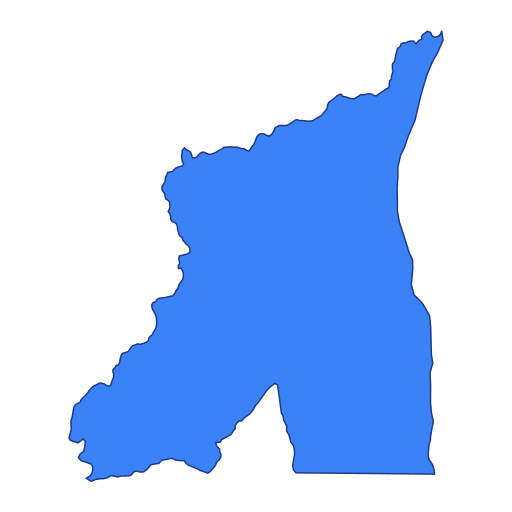 the district of Tucuruí, Pará, Brazil
{"feature_id": "56859067B45116319118579", "entity_name": "Tucuruí", "entity_type": "district", "adm_level": 2, "iso_a3": "BRA", "parent_name": "Brazil", "parent_adm1": "Pará", "projection": "robinson", "projection_center": [-49.877, -3.798], "detail": "fine", "context": "isolated", "style": "filled", "palette": "blue", "viewbox_px": 512, "rotation_deg": 0, "n_neighbors": 0, "source": "geoboundaries", "source_scale": "gbopen_adm2", "svg_char_len": 5104}
<svg xmlns="http://www.w3.org/2000/svg" viewBox="0 0 512 512"><path d="M184.5,147.8L182.3,150.3L182.1,152.8L181.6,155.7L181.8,158.9L182.4,161.4L183.6,163.5L182.6,165.8L177.9,167.2L176.0,167.9L174.1,169.6L172.6,171.5L170.0,172.0L167.6,172.4L167.0,174.7L165.6,176.8L165.3,179.1L165.0,181.8L163.4,184.5L161.9,186.7L162.1,189.8L163.3,192.0L164.9,194.0L165.1,196.5L165.7,198.7L167.6,200.0L169.7,202.0L170.0,207.1L169.2,209.6L168.2,211.7L169.7,213.6L170.7,216.0L170.6,218.8L172.0,221.5L174.0,222.2L175.9,223.3L177.2,225.4L177.6,229.1L178.8,233.9L179.8,236.0L181.8,237.2L182.9,240.2L184.5,242.0L186.3,244.3L188.3,245.6L189.8,248.2L190.1,251.1L188.9,253.0L186.8,254.1L182.3,255.3L179.3,256.0L178.8,258.7L179.8,263.7L178.3,265.4L178.6,268.6L180.9,268.1L182.6,270.7L183.3,273.1L183.3,277.3L182.4,279.8L180.8,281.9L179.3,284.2L178.5,286.7L177.4,288.8L176.0,290.6L174.8,293.5L172.6,296.0L170.3,296.3L164.9,297.6L158.9,298.3L156.9,299.8L155.6,301.7L153.2,302.5L151.6,305.0L152.1,308.0L153.2,310.6L154.6,313.0L155.7,315.3L156.5,318.6L156.6,321.7L156.5,324.8L156.0,327.6L154.9,330.0L153.4,332.0L152.4,334.6L150.6,335.9L149.0,337.8L148.0,341.1L145.9,342.5L143.2,343.4L140.4,344.3L137.5,343.9L135.3,345.0L132.6,345.8L131.0,347.4L129.6,349.6L128.1,351.5L125.5,352.6L123.2,353.0L121.5,354.5L120.7,357.1L120.1,359.4L119.7,362.5L118.3,364.9L116.1,365.6L114.9,367.8L113.1,369.3L112.9,371.9L113.9,374.2L113.5,377.6L112.4,379.9L111.5,382.6L110.8,385.1L108.6,386.3L106.2,385.4L104.5,384.0L101.7,383.2L99.1,383.1L97.3,384.4L94.5,385.6L92.7,386.9L91.1,388.5L89.4,390.2L88.1,392.2L85.0,395.9L82.8,397.9L81.1,399.8L80.1,402.0L77.9,403.5L75.8,404.4L74.2,406.7L73.4,409.4L73.0,412.6L72.2,416.6L70.9,421.3L71.2,429.8L69.0,438.0L70.3,440.3L78.0,442.9L83.1,438.9L85.4,441.3L85.0,445.3L83.8,451.2L80.0,454.2L78.5,457.7L81.1,460.7L86.8,462.4L91.5,464.3L92.7,467.0L92.6,471.0L91.5,474.1L89.8,476.1L86.3,478.3L91.3,481.3L95.5,479.5L99.7,478.8L103.2,478.7L107.3,477.7L110.5,475.8L112.6,475.8L117.9,476.9L120.9,476.0L124.9,476.0L129.0,475.8L131.1,475.1L134.0,471.8L136.3,471.1L138.2,471.5L140.2,472.0L143.6,471.9L147.0,469.5L149.5,466.4L150.9,464.8L153.7,464.1L155.8,463.8L158.8,463.5L161.6,460.3L164.8,459.7L167.7,459.1L170.4,458.4L172.7,458.5L175.5,460.0L179.7,460.6L184.4,460.7L186.1,463.5L188.7,465.3L192.6,466.9L197.6,468.9L200.0,470.4L204.9,472.1L207.8,473.2L210.4,471.4L212.2,469.2L214.5,466.7L215.8,464.6L216.5,462.3L218.7,460.3L220.7,457.7L220.9,454.2L219.7,451.9L219.6,449.1L217.6,447.1L216.3,445.3L215.9,442.5L220.3,442.1L221.4,439.8L223.6,438.6L226.6,436.8L231.0,434.5L233.4,430.8L235.2,428.7L235.1,425.6L236.4,423.6L238.7,421.2L242.2,420.6L244.0,418.0L249.7,414.0L252.7,410.4L255.5,405.6L259.0,401.4L262.9,395.9L266.5,390.8L270.4,386.8L274.8,383.4L277.5,384.8L278.8,393.4L281.4,413.2L283.1,416.0L283.7,420.5L285.5,423.5L286.8,426.3L286.6,431.3L288.8,434.5L290.9,442.0L293.6,445.6L294.4,450.0L294.5,455.1L293.7,459.2L292.6,465.8L293.6,470.0L295.9,472.8L406.0,473.8L434.6,474.1L434.1,470.1L433.5,467.6L432.7,465.0L431.0,462.3L429.5,460.3L428.4,457.5L428.3,453.0L428.6,449.4L428.8,446.3L429.3,443.7L430.4,440.3L430.5,437.3L432.2,426.8L433.1,423.5L433.1,420.2L432.3,416.9L431.5,413.3L431.2,410.0L430.5,402.8L430.5,398.7L430.6,384.5L430.0,372.7L432.8,363.3L431.3,354.2L431.3,351.0L430.7,327.6L429.9,319.0L429.6,315.9L425.2,308.0L422.4,303.3L416.5,297.2L414.2,295.2L411.3,284.6L412.8,268.4L412.6,259.8L409.0,252.3L405.5,240.8L399.4,222.3L397.9,213.9L397.4,210.5L397.4,206.2L397.4,203.7L397.1,187.6L397.9,176.8L397.9,166.7L400.7,155.0L404.5,147.3L408.0,136.7L410.8,130.0L415.0,120.2L420.7,95.9L423.9,84.7L427.2,74.2L432.4,61.8L435.7,56.0L437.9,51.9L443.0,40.4L441.7,30.7L441.0,33.1L439.3,35.7L437.1,36.7L434.7,37.3L431.8,35.6L430.6,32.4L427.3,31.3L425.4,32.8L422.8,34.6L421.6,36.6L421.9,39.2L419.1,40.3L417.5,42.1L416.0,44.0L413.7,41.1L410.3,41.1L408.0,41.7L405.7,42.8L403.3,42.9L401.1,43.9L400.1,46.7L397.4,48.6L396.6,52.1L395.7,55.0L395.3,57.8L394.5,61.4L392.4,64.2L392.5,69.4L393.1,71.8L392.2,73.9L391.4,76.3L391.5,79.3L389.8,80.5L389.2,83.7L389.5,86.1L388.0,88.2L385.5,89.3L383.0,91.3L380.3,92.9L376.2,95.9L373.6,95.5L371.9,94.2L369.7,93.8L366.9,94.0L363.4,94.9L360.3,94.6L358.8,96.2L356.8,97.1L354.8,98.7L351.4,98.6L348.6,97.9L345.8,96.9L342.7,96.4L341.3,94.2L339.0,94.6L336.9,95.9L334.8,97.9L332.0,100.0L329.0,102.1L327.5,105.2L327.4,107.7L325.7,110.3L323.3,113.3L321.2,115.7L318.6,117.1L315.4,119.0L312.8,120.7L310.2,121.1L308.1,121.1L305.7,121.0L303.7,120.7L301.3,120.5L299.3,120.6L297.3,119.7L295.1,120.1L293.0,121.8L287.3,125.3L284.6,125.5L281.9,125.5L279.1,125.4L277.3,126.7L275.1,127.6L274.4,129.8L271.6,134.4L269.5,136.0L266.8,135.5L264.5,134.1L261.8,133.8L259.6,134.1L257.7,135.6L256.5,137.5L255.6,140.2L253.7,144.8L252.0,146.4L250.7,148.6L248.7,151.3L245.9,149.9L243.8,148.6L241.7,148.6L239.1,147.9L236.8,147.0L234.5,147.3L232.1,147.0L229.7,146.9L223.7,147.3L222.0,149.0L219.8,150.0L215.5,152.6L211.5,154.1L209.1,154.4L206.9,153.6L204.7,152.4L202.5,152.1L200.3,153.2L198.7,154.8L197.1,156.8L195.1,157.9L192.5,157.8L190.6,152.1L188.6,150.7L186.4,149.9L184.5,147.8Z" fill="#3b82f6" stroke="#1e3a8a" stroke-width="1.5"/></svg>